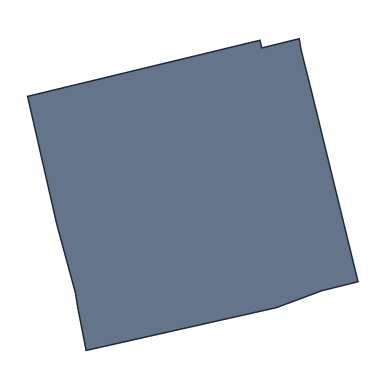 Madison, Missouri, United States of America, rotated 76°
{"feature_id": "52423323B26230724482566", "entity_name": "Madison", "entity_type": "district", "adm_level": 2, "iso_a3": "USA", "parent_name": "United States of America", "parent_adm1": "Missouri", "projection": "equal_earth", "projection_center": [-90.333, 37.478], "detail": "fine", "context": "isolated", "style": "filled", "palette": "slate", "viewbox_px": 384, "rotation_deg": 76, "n_neighbors": 0, "source": "geoboundaries", "source_scale": "gbopen_adm2", "svg_char_len": 325}
<svg xmlns="http://www.w3.org/2000/svg" viewBox="0 0 384 384"><g transform="rotate(76 192 192)"><path d="M319.2,90.2L319.2,52.6L121.6,51.7L80.9,51.8L69.2,50.9L69.1,89.4L61.2,89.4L59.4,328.4L190.7,331.0L261.6,329.5L273.7,330.6L320.1,333.1L324.6,138.0L319.2,90.2Z" fill="#64748b" stroke="#1e293b" stroke-width="1.5"/></g></svg>